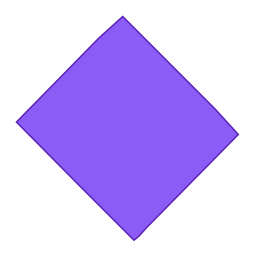 Roscommon, Michigan, United States of America (Robinson projection), rotated 45°
{"feature_id": "52423323B93636603770838", "entity_name": "Roscommon", "entity_type": "district", "adm_level": 2, "iso_a3": "USA", "parent_name": "United States of America", "parent_adm1": "Michigan", "projection": "robinson", "projection_center": [-84.548, 44.336], "detail": "fine", "context": "isolated", "style": "filled", "palette": "violet", "viewbox_px": 256, "rotation_deg": 45, "n_neighbors": 0, "source": "geoboundaries", "source_scale": "gbopen_adm2", "svg_char_len": 282}
<svg xmlns="http://www.w3.org/2000/svg" viewBox="0 0 256 256"><g transform="rotate(45 128 128)"><path d="M210.6,54.6L176.1,53.0L45.4,52.9L43.8,84.8L44.9,202.7L128.9,203.1L211.6,203.1L212.2,196.7L211.6,184.5L210.6,54.6Z" fill="#8b5cf6" stroke="#5b21b6" stroke-width="1.5"/></g></svg>